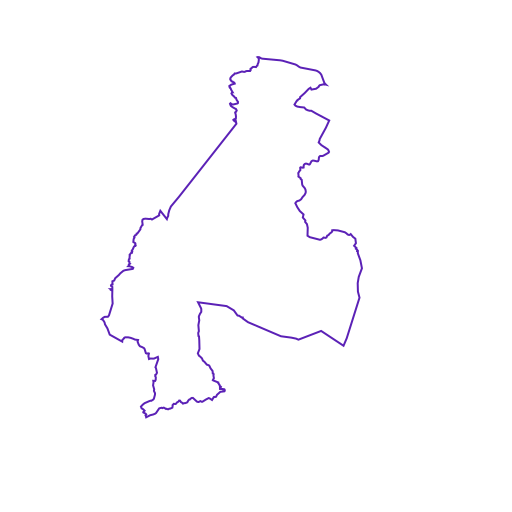 the district of Quiroga, Michoacán, Mexico, rotated 116°
{"feature_id": "50627088B77362230794456", "entity_name": "Quiroga", "entity_type": "district", "adm_level": 2, "iso_a3": "MEX", "parent_name": "Mexico", "parent_adm1": "Michoacán", "projection": "robinson", "projection_center": [-101.552, 19.708], "detail": "fine", "context": "isolated", "style": "outline", "palette": "violet", "viewbox_px": 512, "rotation_deg": 116, "n_neighbors": 0, "source": "geoboundaries", "source_scale": "gbopen_adm2", "svg_char_len": 6110}
<svg xmlns="http://www.w3.org/2000/svg" viewBox="0 0 512 512"><g transform="rotate(116 256 256)"><path d="M380.5,367.1L380.4,365.9L381.5,363.8L382.3,362.8L383.6,361.8L386.2,357.8L390.8,353.0L391.6,338.7L390.0,339.3L387.8,338.5L387.3,338.6L386.4,337.9L385.1,335.1L384.5,332.7L384.2,329.8L384.2,328.2L383.2,325.2L384.9,324.9L387.1,322.5L388.0,320.8L387.8,318.5L387.9,316.3L388.4,315.4L391.6,312.4L391.6,311.4L390.7,310.2L390.6,309.5L393.1,308.9L395.5,307.0L394.5,306.0L392.9,302.7L389.7,300.0L391.6,298.6L400.1,297.6L400.6,296.8L404.4,293.8L406.5,293.9L407.0,294.4L408.2,293.9L408.9,292.9L411.2,291.9L412.5,291.9L413.2,293.6L414.5,292.7L417.4,291.8L420.4,289.1L422.0,288.6L423.6,286.6L425.0,286.0L429.1,285.2L430.2,285.5L432.0,286.6L432.1,287.1L433.0,288.1L437.1,291.6L439.2,292.6L441.8,293.4L443.1,292.0L443.2,290.2L443.9,288.3L445.8,288.9L446.0,288.7L446.1,286.1L446.5,285.2L447.7,285.4L448.1,284.8L449.1,284.0L445.5,281.3L443.5,278.9L441.9,277.5L440.9,277.0L435.4,276.2L435.0,275.8L433.7,274.2L433.8,273.5L432.7,272.4L432.9,270.2L432.7,270.2L432.4,268.1L432.2,267.6L431.2,267.0L430.9,266.3L429.0,264.7L428.1,264.9L426.6,265.6L424.9,265.1L424.4,263.6L423.8,263.1L422.4,262.9L420.9,261.9L419.6,261.7L419.3,260.9L420.2,259.4L420.3,257.9L420.7,256.9L420.0,256.4L419.1,254.9L417.6,253.6L415.5,253.5L414.3,253.1L413.9,252.5L413.0,252.3L411.7,251.5L411.2,250.5L412.8,245.2L412.6,244.1L412.4,243.6L410.8,242.4L410.8,240.8L410.5,240.3L406.8,238.0L404.4,236.2L404.3,235.2L404.7,232.4L401.3,232.1L400.9,231.8L400.8,231.1L400.0,230.2L397.8,230.2L393.7,228.5L391.5,225.1L390.8,225.0L389.8,225.7L389.7,226.5L390.4,227.2L390.2,227.7L391.3,230.1L389.7,230.9L389.8,230.2L389.0,230.1L388.4,231.9L387.7,232.4L387.6,232.9L387.3,233.2L386.7,234.4L386.2,234.5L386.6,240.0L386.5,240.4L384.2,240.3L382.2,241.8L380.9,242.2L380.4,242.7L380.5,243.4L378.4,244.6L376.9,247.6L375.2,249.7L374.9,250.5L375.2,252.6L373.6,256.2L373.5,257.3L373.1,258.1L371.7,259.7L370.9,262.0L370.6,263.6L369.0,265.6L364.4,266.0L356.7,270.0L353.2,272.0L353.2,272.6L350.5,274.2L348.6,274.4L343.4,277.5L338.7,278.8L335.8,280.7L335.1,280.9L332.5,281.0L330.2,280.7L327.9,281.8L327.2,282.3L323.0,287.8L313.9,260.4L314.6,252.1L317.5,246.7L317.5,245.9L317.1,245.2L317.5,242.1L317.1,240.9L317.9,240.6L319.0,234.2L317.2,198.4L313.9,188.5L312.7,183.8L312.6,181.2L294.8,164.6L298.3,138.0L290.2,138.4L248.1,144.7L243.3,148.8L235.8,152.7L229.7,154.5L220.6,155.4L214.1,160.3L208.9,165.7L206.9,166.6L207.2,167.3L206.1,167.7L205.7,169.4L204.8,169.2L203.8,172.3L200.7,171.8L196.9,174.3L196.3,177.2L194.8,180.5L195.7,180.9L196.3,181.5L196.5,183.1L196.0,184.5L195.7,186.6L197.1,193.6L198.7,197.6L199.5,198.8L200.5,198.3L201.5,198.5L203.6,199.6L205.4,200.0L206.5,200.9L208.4,200.8L209.2,201.4L209.8,203.4L211.3,203.9L212.9,205.0L213.4,205.7L215.5,215.9L215.2,218.6L207.9,221.9L205.0,224.2L203.8,226.8L202.4,227.2L200.9,230.8L197.8,231.5L196.4,236.3L194.0,240.3L191.3,243.8L190.0,243.6L188.6,243.0L187.1,241.3L185.2,240.3L182.7,240.0L179.7,239.1L177.4,239.1L176.1,239.6L174.6,240.7L173.6,242.0L172.3,245.0L171.4,245.9L167.5,248.3L167.2,249.6L166.5,250.0L166.0,252.7L165.1,253.0L162.9,254.4L162.2,254.2L161.2,254.3L159.4,253.8L157.2,255.0L156.7,254.8L156.1,252.6L155.6,252.0L154.1,252.7L153.1,252.9L152.1,252.6L151.3,252.0L150.8,251.0L150.6,248.6L150.3,248.0L149.7,247.8L146.6,247.7L145.5,247.0L145.0,246.1L144.2,242.6L143.6,241.8L142.1,241.8L139.6,242.7L138.3,242.4L137.7,241.7L137.2,240.4L136.4,239.5L131.4,236.1L130.4,236.0L129.2,237.3L128.7,238.2L127.7,245.8L126.5,249.4L124.2,249.6L122.9,250.0L110.0,249.4L102.1,249.6L101.6,264.5L101.2,270.0L101.9,271.3L102.3,273.2L102.4,275.2L101.4,277.8L102.8,281.6L103.6,284.4L103.6,286.4L103.0,287.8L98.8,287.4L98.0,286.9L97.6,287.1L95.0,285.5L93.9,286.0L88.3,283.7L82.7,281.9L80.9,280.8L82.1,279.1L79.3,275.3L76.3,273.8L75.5,273.9L74.6,273.6L72.2,270.7L71.9,269.6L71.4,268.8L71.3,268.3L71.0,269.2L70.4,270.5L64.4,276.8L63.5,278.6L63.1,280.2L62.9,282.0L63.1,283.8L67.1,298.6L67.1,300.1L66.6,303.1L66.6,304.6L68.8,317.6L69.5,320.0L75.9,336.9L76.1,338.1L75.9,340.1L76.4,341.6L76.6,341.8L76.9,340.9L76.8,340.5L78.3,339.5L81.0,338.6L82.7,338.6L84.2,338.2L84.7,338.6L86.2,338.8L86.8,340.5L87.4,341.6L88.0,342.0L89.0,342.3L90.1,343.0L90.6,342.9L91.1,342.3L92.3,342.4L93.7,345.3L94.6,346.3L95.4,346.8L96.0,348.1L96.3,349.5L100.3,353.5L100.9,354.2L101.3,355.2L102.7,355.4L103.8,356.1L106.0,356.8L107.2,357.0L108.0,356.8L108.3,356.4L108.7,356.4L109.7,354.5L109.7,353.6L109.5,353.4L109.8,352.6L109.7,351.5L110.4,350.7L112.8,353.3L114.9,354.5L115.6,354.0L116.1,353.4L115.9,353.2L116.6,352.1L117.4,351.3L119.0,348.9L119.1,349.2L120.7,349.3L121.8,347.5L122.1,345.9L122.9,344.4L122.7,343.3L124.1,342.0L125.4,339.7L126.6,339.3L127.1,339.6L129.8,342.9L130.2,344.0L129.9,345.9L130.6,346.1L132.1,344.4L132.5,342.3L132.7,339.2L132.6,338.6L133.3,337.8L133.5,337.2L135.0,337.1L135.7,337.6L136.3,337.6L137.5,336.4L139.3,335.2L141.2,334.4L142.1,334.6L142.4,334.9L142.5,335.5L143.6,336.0L144.1,335.0L144.1,334.2L143.8,333.6L144.6,333.0L144.5,332.7L144.3,332.7L145.7,331.6L236.6,351.2L248.8,354.2L253.0,354.0L256.9,353.2L258.4,352.5L260.8,352.5L261.9,352.3L257.3,361.8L260.8,361.5L261.9,360.8L268.8,365.5L268.7,367.0L269.5,368.0L270.9,371.7L272.0,373.3L273.1,373.9L274.7,373.5L277.7,371.5L278.3,371.9L281.6,372.1L282.7,371.6L287.3,372.4L287.9,372.6L288.2,373.1L289.2,372.9L290.3,373.4L290.5,373.8L292.3,374.0L292.7,373.3L294.4,373.4L297.2,372.4L297.4,370.2L297.6,369.9L298.6,369.6L299.1,368.8L299.8,368.8L300.0,369.4L301.3,369.8L304.2,369.7L305.7,370.0L306.1,369.9L306.2,369.2L307.6,368.9L308.2,369.7L310.5,370.1L310.9,369.6L312.4,369.2L313.8,368.4L314.6,368.8L316.5,368.2L316.8,367.1L318.3,366.5L318.3,366.0L319.6,366.5L320.1,366.0L321.1,366.3L320.7,365.4L320.2,362.1L320.4,361.1L321.6,361.1L326.0,367.3L327.4,368.7L331.1,370.4L333.1,370.9L337.7,372.8L340.2,372.7L341.7,374.0L344.2,372.6L344.3,372.9L344.9,373.2L345.9,373.5L346.5,373.0L346.4,372.1L346.7,371.6L348.7,370.6L349.6,372.3L349.8,371.5L350.1,371.5L350.2,369.9L355.4,367.5L361.6,364.0L373.9,362.1L375.6,362.5L377.0,365.3L378.5,366.3L380.5,367.1Z" fill="none" stroke="#5b21b6" stroke-width="2"/></g></svg>